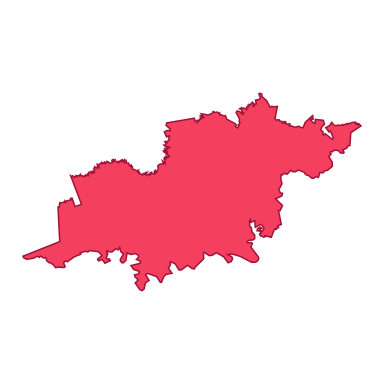 Minatitlán, Veracruz, Mexico, rotated 90°
{"feature_id": "50627088B22697915736316", "entity_name": "Minatitlán", "entity_type": "district", "adm_level": 2, "iso_a3": "MEX", "parent_name": "Mexico", "parent_adm1": "Veracruz", "projection": "natural_earth1", "projection_center": [-94.427, 17.705], "detail": "fine", "context": "isolated", "style": "filled", "palette": "rose", "viewbox_px": 384, "rotation_deg": 90, "n_neighbors": 0, "source": "geoboundaries", "source_scale": "gbopen_adm2", "svg_char_len": 6078}
<svg xmlns="http://www.w3.org/2000/svg" viewBox="0 0 384 384"><g transform="rotate(90 192 192)"><path d="M100.8,117.3L96.6,121.9L93.8,122.3L93.3,124.5L93.9,125.1L98.1,123.6L99.5,125.0L100.1,128.5L104.0,127.7L104.1,129.4L106.4,130.0L106.1,130.9L103.1,130.5L102.2,131.8L105.1,134.1L104.5,135.0L105.5,135.2L105.3,136.0L107.2,136.0L107.0,137.4L109.5,137.3L108.0,140.2L108.7,142.3L107.7,142.4L108.8,144.4L109.2,142.7L111.8,142.0L113.0,140.3L114.6,141.2L111.6,144.3L111.0,147.0L112.6,147.9L118.8,144.5L121.6,144.9L122.8,143.9L125.0,145.8L125.6,145.1L128.0,146.4L126.5,148.7L125.0,147.6L123.4,149.2L119.2,157.3L115.6,158.6L116.1,159.5L114.7,163.0L115.0,164.2L112.7,164.4L113.3,165.3L112.0,167.0L112.5,169.2L111.4,170.8L113.3,171.8L115.0,175.8L113.8,182.5L114.9,181.5L115.5,183.2L116.4,181.4L116.9,183.1L117.6,180.8L118.3,183.3L119.3,183.1L119.2,184.5L121.2,184.6L120.1,185.0L121.3,186.0L120.5,186.7L122.2,187.0L121.0,187.5L121.2,189.1L118.2,189.6L122.9,217.3L125.4,217.9L129.0,213.8L130.7,213.8L130.4,216.6L131.8,219.7L136.9,217.5L135.8,215.0L136.1,214.6L136.6,215.7L138.4,214.7L142.5,216.8L141.2,218.3L141.8,219.1L142.0,218.3L143.8,218.3L145.1,218.8L145.1,220.0L147.6,217.6L146.5,216.3L147.6,214.5L148.7,216.8L150.8,217.7L149.1,218.2L148.9,219.4L151.8,218.6L150.4,221.1L152.5,219.6L152.0,216.8L152.9,216.7L154.2,218.6L154.0,216.8L156.3,214.7L157.3,215.6L156.5,216.5L157.8,217.2L156.1,217.9L157.8,219.8L158.8,219.8L158.1,219.0L159.0,218.2L159.6,219.3L163.3,218.8L161.0,221.5L164.0,220.5L164.0,223.9L165.9,226.3L168.1,225.7L171.7,226.9L172.2,227.3L170.2,228.7L171.2,229.5L173.7,228.1L172.6,229.7L173.9,229.8L173.3,232.0L173.9,232.7L173.4,233.5L172.4,232.9L172.6,233.6L175.3,234.4L174.0,235.2L175.1,237.0L173.7,238.0L172.3,236.9L172.9,238.9L174.4,238.9L173.4,240.6L175.2,241.7L174.0,242.8L173.7,244.7L172.5,245.2L172.9,246.3L172.1,244.6L171.2,245.7L172.2,246.9L170.2,245.8L170.7,246.9L168.8,251.9L166.8,251.6L167.2,253.3L166.5,252.1L166.0,253.3L164.7,252.1L165.6,254.2L165.0,255.1L163.2,255.1L162.8,257.9L161.0,257.8L162.4,259.1L159.6,259.4L161.4,261.0L159.8,261.5L159.9,262.5L160.7,263.4L161.5,262.4L161.2,264.6L163.4,265.7L161.5,265.6L161.5,269.4L160.0,269.0L160.8,270.3L159.5,270.4L159.5,271.2L160.4,272.2L162.7,271.6L163.3,274.4L161.7,275.8L161.5,277.5L163.8,278.5L162.1,279.7L163.3,280.6L162.5,282.3L163.8,282.1L163.3,283.4L164.9,285.8L164.2,286.7L166.4,286.5L166.2,285.0L167.5,284.9L168.3,286.1L167.0,286.9L167.9,287.9L166.7,289.3L169.0,290.3L170.4,289.3L171.7,291.1L172.5,289.8L173.5,292.1L171.4,292.0L172.3,295.2L173.6,294.9L173.9,296.4L175.6,295.6L174.9,298.2L176.3,298.4L175.6,299.6L176.8,300.8L175.4,302.2L175.9,304.1L174.5,303.8L175.9,305.3L175.6,307.7L176.6,307.4L176.3,308.8L177.6,309.9L175.7,311.3L176.4,312.4L175.8,313.3L204.4,302.5L206.5,309.0L198.2,311.9L198.3,313.5L199.9,313.0L200.8,317.3L202.5,318.6L200.9,319.3L202.0,319.9L203.1,323.4L202.6,324.2L207.0,324.8L207.0,326.0L241.6,324.3L256.2,361.0L257.8,360.3L259.3,357.3L258.2,350.5L256.6,347.4L256.4,345.8L257.4,344.8L256.1,343.3L258.0,340.5L257.9,337.7L260.3,337.6L262.6,335.3L263.0,333.2L265.0,330.5L267.7,328.3L267.1,325.9L267.6,320.0L266.6,318.8L262.8,320.5L261.1,318.7L261.7,316.5L256.9,309.9L254.2,303.2L252.8,303.8L251.4,298.9L252.0,296.2L250.6,294.2L251.8,285.3L255.8,282.1L258.8,286.3L259.8,286.4L260.9,285.2L259.4,281.8L263.3,279.1L260.6,273.7L258.9,274.9L259.2,276.4L258.0,277.8L253.7,276.2L252.4,277.5L251.5,276.6L250.3,277.6L251.9,274.8L251.9,272.0L248.8,268.1L249.9,265.7L247.5,264.3L252.1,262.9L254.0,260.4L259.3,263.7L261.0,263.6L262.8,262.1L262.8,260.5L260.3,258.1L252.8,256.9L254.5,253.5L253.6,248.8L255.2,245.6L257.4,245.6L259.4,247.6L261.3,243.5L263.3,243.9L265.6,253.1L269.5,250.4L271.3,244.9L273.9,245.2L274.8,249.5L277.0,248.9L279.9,245.8L283.0,248.8L289.5,244.3L290.7,241.9L289.2,240.0L282.8,238.4L280.4,234.9L274.6,238.4L273.8,237.7L273.6,235.9L276.6,227.4L282.3,223.7L282.4,222.5L277.1,220.5L274.4,218.0L273.3,212.0L268.2,215.5L265.2,213.7L261.8,213.8L263.7,208.9L270.0,205.0L270.0,202.7L265.3,196.4L268.6,191.8L268.9,189.6L267.1,188.8L258.8,180.3L253.5,180.5L252.3,179.7L255.7,174.8L255.2,171.7L252.7,167.6L256.9,160.2L262.8,155.9L261.6,152.8L258.7,151.4L256.8,152.2L254.5,156.2L254.0,151.9L256.3,144.0L262.2,132.7L262.3,129.1L261.5,127.0L259.6,125.4L257.3,125.4L247.0,133.1L243.4,131.6L242.5,132.7L242.8,135.9L241.9,137.0L240.3,135.2L240.0,131.2L238.7,129.3L235.0,129.3L231.9,132.1L227.8,132.6L226.3,134.2L221.3,134.6L219.6,133.6L222.3,133.0L220.7,129.2L227.3,128.7L224.4,123.2L224.8,122.4L228.1,120.0L230.8,121.3L231.2,122.3L230.5,123.2L228.9,123.9L228.2,122.3L227.0,123.9L228.8,126.6L230.8,126.9L230.9,124.6L232.9,122.8L234.0,124.4L235.6,123.8L237.2,120.1L236.5,118.7L235.8,119.0L237.3,112.7L230.0,109.9L229.3,107.9L228.7,108.7L227.6,105.4L225.7,106.2L224.5,102.7L210.5,105.5L210.6,103.8L205.5,101.5L198.8,108.4L196.1,102.4L194.7,101.7L193.2,101.5L193.0,103.6L189.7,105.2L183.7,102.0L179.3,103.2L174.7,102.9L174.9,101.3L173.1,100.1L174.3,97.1L170.2,93.0L171.6,91.6L171.8,88.8L170.0,85.2L172.4,79.6L174.6,78.4L175.6,75.3L178.1,72.4L178.3,70.6L176.5,67.5L177.4,65.5L172.6,64.2L172.8,61.0L170.6,59.0L170.4,56.5L166.2,51.6L162.1,51.8L156.6,55.2L154.1,52.9L153.0,54.0L151.7,53.6L151.9,51.6L150.3,50.0L150.4,45.9L153.1,43.3L153.1,40.5L152.2,39.9L150.1,41.6L148.3,37.5L145.8,35.8L145.6,34.1L132.7,33.2L125.9,23.0L123.6,25.3L123.6,26.6L124.6,26.4L124.3,27.9L123.6,28.3L123.6,27.4L122.1,28.5L122.6,32.6L123.6,33.7L123.3,35.5L124.3,36.5L123.6,37.2L125.2,40.8L124.4,41.5L125.4,42.9L125.1,46.1L125.7,47.4L125.2,50.0L122.3,52.3L125.6,54.4L127.6,58.3L131.9,55.1L131.0,54.9L131.0,53.5L138.3,50.6L139.4,51.6L133.7,58.8L134.9,60.1L134.6,61.3L132.0,60.8L130.1,63.2L127.1,62.3L124.2,59.5L120.3,60.7L119.4,68.6L123.4,69.0L123.2,69.9L120.1,73.4L119.0,73.3L119.2,70.9L115.6,71.4L122.2,78.7L127.8,81.0L127.4,83.5L126.2,85.0L127.3,89.5L125.8,92.6L126.0,94.7L123.8,94.1L124.2,97.7L121.6,98.5L121.6,100.2L123.1,99.2L123.3,101.4L121.3,102.4L121.2,104.3L119.9,104.7L119.9,108.3L118.7,109.0L106.4,106.6L106.9,111.5L106.2,112.0L107.3,113.8L100.8,117.3Z" fill="#f43f5e" stroke="#9f1239" stroke-width="1.5"/></g></svg>